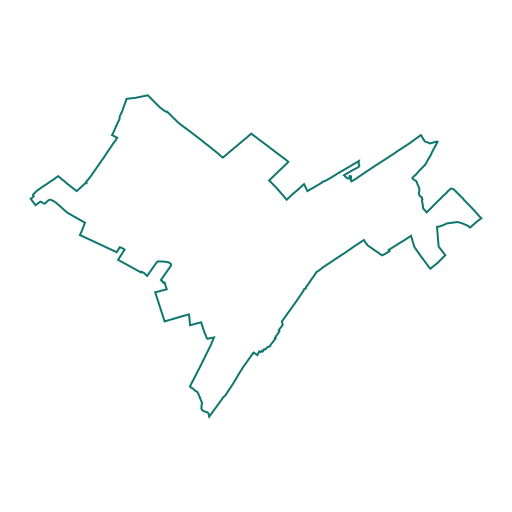 Negrasi, Arges, Romania (Equal Earth projection)
{"feature_id": "2599482B82159527317545", "entity_name": "Negrasi", "entity_type": "district", "adm_level": 2, "iso_a3": "ROU", "parent_name": "Romania", "parent_adm1": "Arges", "projection": "equal_earth", "projection_center": [25.135, 44.592], "detail": "fine", "context": "isolated", "style": "outline", "palette": "teal", "viewbox_px": 512, "rotation_deg": 0, "n_neighbors": 0, "source": "geoboundaries", "source_scale": "gbopen_adm2", "svg_char_len": 5930}
<svg xmlns="http://www.w3.org/2000/svg" viewBox="0 0 512 512"><path d="M227.1,392.7L232.7,384.3L235.7,379.4L238.3,374.9L239.9,372.2L243.0,367.3L247.5,361.0L248.9,359.0L253.4,352.7L253.7,352.5L254.8,353.4L257.4,355.1L258.2,353.3L259.4,351.4L260.6,352.1L261.8,350.7L262.7,351.5L264.2,349.2L265.1,349.5L267.9,346.8L269.6,346.6L270.9,344.5L275.6,338.4L274.9,338.0L279.5,331.2L278.7,330.2L282.7,325.0L282.0,321.9L282.0,321.3L297.8,299.2L303.7,290.4L304.1,289.2L304.5,288.8L305.4,288.6L305.8,288.5L306.0,287.1L308.0,284.5L309.6,282.1L311.2,279.7L314.1,275.7L316.4,272.1L318.0,271.2L318.6,270.7L319.5,270.1L321.5,268.5L323.3,267.1L332.7,260.9L334.4,259.7L343.0,254.1L345.4,252.5L348.2,250.5L349.2,249.9L351.8,248.1L351.9,247.9L352.1,247.8L363.9,240.0L365.9,243.1L366.0,243.2L367.5,245.2L367.8,245.5L382.1,255.4L385.3,253.8L389.5,251.2L388.6,249.9L389.9,249.2L400.0,242.8L404.7,240.0L411.0,235.8L414.4,247.0L419.8,254.7L421.2,256.8L423.1,259.2L425.3,262.2L429.0,267.2L430.4,268.7L435.0,265.0L436.6,263.6L436.9,263.6L445.3,255.2L438.9,247.0L438.6,246.2L437.0,226.8L439.6,226.5L441.7,225.6L442.4,225.5L447.1,223.4L457.7,222.0L462.4,223.4L468.0,225.9L469.1,226.9L470.1,227.5L471.4,226.4L474.6,223.6L476.0,222.4L477.0,221.5L479.3,219.8L479.5,219.6L481.3,218.3L479.6,216.5L479.3,216.2L473.6,209.8L470.3,206.4L469.5,205.5L467.0,203.0L464.9,200.8L464.6,200.6L464.0,199.9L463.6,199.4L463.3,199.0L463.0,198.6L456.6,192.2L456.4,192.0L456.2,191.8L453.5,189.2L453.4,189.1L451.6,188.6L450.9,188.6L448.0,191.1L445.1,194.3L444.8,194.5L443.5,195.5L440.5,198.6L437.5,201.5L437.0,202.0L436.9,202.1L436.2,202.8L435.1,203.9L435.0,204.0L434.9,204.1L434.1,204.9L434.0,205.0L433.7,205.3L430.7,208.5L428.9,210.0L426.7,212.4L423.3,208.6L423.0,207.7L422.9,206.7L423.0,205.9L422.6,204.6L422.4,202.3L422.2,201.6L422.0,200.8L421.9,200.1L422.2,199.7L422.4,199.3L422.3,199.0L421.9,198.3L421.9,198.1L422.0,197.9L422.0,197.6L419.7,195.8L419.6,195.6L419.4,195.1L418.9,193.6L418.8,193.1L418.9,192.6L419.1,191.8L419.3,191.3L419.3,188.6L419.3,188.4L418.5,186.4L417.6,184.5L416.3,181.2L416.0,181.0L413.9,179.7L412.8,178.9L412.5,178.5L412.4,178.0L413.0,177.1L413.7,176.4L414.7,175.7L416.3,174.2L417.4,172.9L418.9,171.1L419.6,170.4L420.0,169.9L420.8,169.2L421.2,168.8L422.6,167.4L423.2,166.8L423.4,166.5L424.0,166.0L424.3,165.6L425.4,164.5L425.4,164.3L426.0,163.5L426.6,162.4L427.8,160.0L430.5,155.5L431.3,154.0L431.8,152.4L432.2,152.0L434.1,148.2L435.3,146.1L437.4,142.1L437.5,141.7L436.9,141.6L436.2,141.7L435.4,141.9L434.7,142.1L433.8,142.4L432.5,142.7L431.0,143.2L429.7,143.4L428.5,142.8L427.6,142.4L426.9,142.1L426.2,141.9L425.3,141.7L424.5,141.1L424.1,140.1L423.4,139.3L422.6,137.8L422.2,137.2L421.6,136.0L421.3,135.5L420.8,135.1L409.4,143.4L396.5,151.8L396.3,152.1L387.7,157.7L387.0,158.1L384.5,159.8L373.3,167.0L363.0,173.9L358.3,177.1L357.0,178.0L356.6,178.4L351.6,181.3L350.9,180.5L350.8,180.3L351.1,176.3L349.6,176.1L349.4,178.4L347.4,178.4L345.5,176.7L344.0,175.2L352.2,170.4L358.4,167.2L359.3,165.9L359.3,165.3L358.8,164.3L358.7,163.1L358.6,162.0L358.8,161.1L358.3,161.4L356.2,162.6L353.8,164.0L351.4,165.5L338.0,173.3L332.9,176.5L324.8,181.2L323.7,181.3L323.1,181.5L322.1,182.2L322.1,182.5L317.3,185.4L307.4,191.1L304.5,185.1L304.1,184.1L303.9,184.2L297.8,189.8L291.3,195.2L290.6,196.0L289.4,197.2L286.7,199.7L281.1,193.2L276.0,187.3L273.7,185.1L272.0,183.3L270.5,181.8L269.1,180.5L274.7,175.1L281.0,169.0L281.3,168.7L282.7,167.5L283.8,166.4L286.6,163.6L288.3,161.9L287.2,160.8L281.8,156.7L274.6,151.3L269.8,147.6L256.7,137.8L251.3,133.7L250.7,134.1L249.6,135.1L248.6,135.8L247.7,136.8L246.2,138.1L243.6,140.1L241.5,141.9L240.5,142.8L239.5,143.6L237.5,145.3L236.3,146.3L228.7,152.6L227.2,154.0L226.6,154.5L225.1,155.8L222.7,157.6L217.8,153.3L207.6,145.1L203.9,142.3L201.5,140.3L199.0,138.4L194.2,134.7L190.7,132.0L181.8,125.4L179.2,123.4L177.8,122.2L172.8,117.3L170.0,114.5L167.2,111.7L166.7,112.0L165.5,111.4L164.0,110.5L159.9,107.4L147.8,95.3L134.8,98.0L130.9,98.3L126.4,98.9L126.1,100.4L124.5,104.7L121.6,112.9L121.3,113.0L120.9,113.7L119.6,117.0L119.4,119.6L117.5,123.1L115.5,127.8L113.0,133.3L112.0,135.0L117.2,137.8L114.4,141.9L113.3,143.3L109.7,148.8L107.5,151.9L104.1,157.1L101.7,160.5L95.7,169.1L92.6,173.5L91.7,175.0L90.3,176.8L88.9,178.7L86.0,182.0L86.0,182.4L86.6,183.1L86.4,183.3L85.5,183.4L84.7,183.7L81.8,186.5L77.9,190.0L76.8,191.1L70.6,186.4L66.7,183.3L64.3,181.1L62.8,180.0L58.2,176.2L58.0,176.5L57.7,176.6L55.8,177.8L54.1,179.1L51.3,180.9L45.7,184.8L44.4,185.5L40.2,188.4L39.0,189.3L38.2,189.9L37.8,190.0L36.9,190.8L35.8,191.8L33.0,194.7L33.0,195.2L33.7,196.2L32.9,197.2L30.7,198.8L35.5,205.2L40.1,201.8L40.5,201.6L41.1,201.8L42.9,202.9L44.1,203.6L44.9,203.6L48.2,200.5L49.6,199.7L50.3,199.7L51.2,200.0L52.8,200.7L54.8,201.8L56.6,203.2L58.9,205.2L65.2,210.9L66.9,212.3L68.0,213.1L71.2,214.9L76.4,217.9L85.0,222.7L83.5,226.6L82.2,230.1L79.9,235.0L116.7,252.2L119.8,247.2L123.7,248.9L124.6,249.6L118.1,259.8L140.9,272.4L141.3,271.7L144.4,273.2L144.9,273.7L145.9,274.9L147.2,275.9L155.7,263.7L157.7,261.4L164.4,261.6L168.7,262.4L170.5,263.6L170.9,264.0L171.0,265.2L170.6,266.2L161.0,279.9L161.6,280.3L161.8,280.6L161.7,280.7L161.6,280.9L162.7,281.7L163.1,282.6L163.5,282.7L164.0,282.3L164.6,282.6L166.7,289.3L155.2,292.3L164.6,321.4L180.9,316.6L185.7,315.3L189.0,314.4L190.1,325.2L201.1,322.3L204.1,331.5L207.1,338.7L208.4,338.6L214.0,337.4L212.9,340.2L212.7,340.4L211.8,342.7L211.4,343.9L207.6,351.5L200.0,366.9L189.9,386.5L191.3,387.8L193.1,388.7L193.9,389.4L194.3,390.1L194.8,390.5L196.1,391.2L197.3,391.9L198.3,393.7L199.4,396.5L199.8,397.2L200.0,397.9L200.2,398.5L200.5,399.1L200.7,399.8L201.3,400.9L201.4,401.6L202.2,402.9L202.2,403.4L201.6,404.4L201.6,406.2L201.4,407.8L201.4,408.4L201.6,409.3L202.1,410.1L203.3,410.9L204.0,411.3L204.8,411.5L207.0,412.2L207.6,412.4L208.2,413.1L208.8,414.2L209.0,416.0L209.2,416.7L213.9,410.2L220.2,401.7L223.4,397.0L224.6,396.3L226.3,394.1L227.1,392.7Z" fill="none" stroke="#0f766e" stroke-width="2"/></svg>